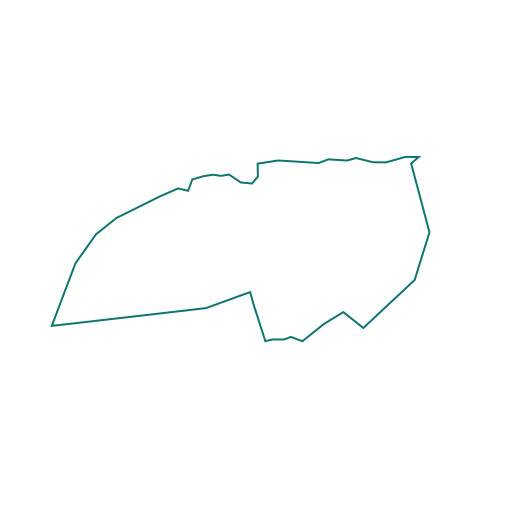 Coronel João Pessoa, Rio Grande do Norte, Brazil, rotated 215°
{"feature_id": "56859067B20102167049206", "entity_name": "Coronel João Pessoa", "entity_type": "district", "adm_level": 2, "iso_a3": "BRA", "parent_name": "Brazil", "parent_adm1": "Rio Grande do Norte", "projection": "albers", "projection_center": [-38.419, -6.251], "detail": "fine", "context": "isolated", "style": "outline", "palette": "teal", "viewbox_px": 512, "rotation_deg": 215, "n_neighbors": 0, "source": "geoboundaries", "source_scale": "gbopen_adm2", "svg_char_len": 669}
<svg xmlns="http://www.w3.org/2000/svg" viewBox="0 0 512 512"><g transform="rotate(215 256 256)"><path d="M399.7,146.4L383.2,81.6L267.1,184.6L245.1,216.0L240.0,223.1L230.7,215.3L199.5,191.6L194.4,197.2L185.0,203.8L181.0,209.7L169.1,212.8L161.3,239.5L152.3,260.1L126.8,258.6L112.3,327.4L127.5,374.9L182.0,420.8L179.5,430.4L190.5,422.8L203.3,407.2L214.0,399.9L230.3,393.6L236.2,386.4L252.1,376.7L258.1,368.0L287.2,350.3L292.8,346.8L307.6,332.6L300.0,322.1L300.8,313.1L310.7,307.5L324.8,307.3L330.6,301.6L337.9,297.9L344.5,291.6L352.1,282.2L349.0,270.5L358.6,266.6L368.4,250.6L392.1,207.2L399.5,182.1L399.7,146.4Z" fill="none" stroke="#0f766e" stroke-width="2"/></g></svg>